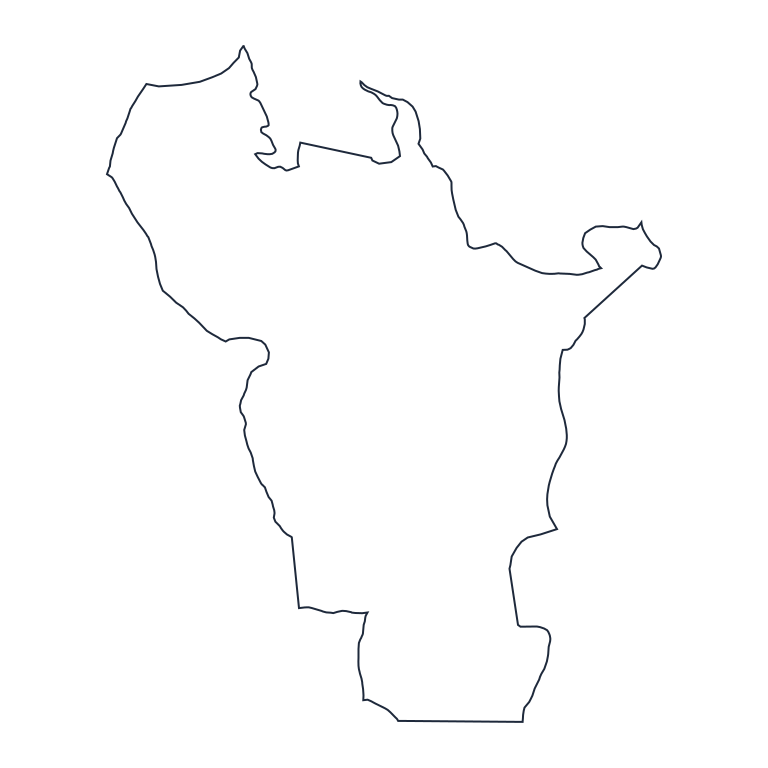 Monchy/Riviere Mitan, Gros Islet, Saint Lucia
{"feature_id": "8701671B97135267153779", "entity_name": "Monchy/Riviere Mitan", "entity_type": "district", "adm_level": 2, "iso_a3": "LCA", "parent_name": "Saint Lucia", "parent_adm1": "Gros Islet", "projection": "natural_earth1", "projection_center": [-60.94, 14.05], "detail": "fine", "context": "isolated", "style": "outline", "palette": "slate", "viewbox_px": 768, "rotation_deg": 0, "n_neighbors": 0, "source": "geoboundaries", "source_scale": "gbopen_adm2", "svg_char_len": 6071}
<svg xmlns="http://www.w3.org/2000/svg" viewBox="0 0 768 768"><path d="M243.7,46.1L243.3,46.1L240.1,50.6L238.8,57.5L233.6,62.8L229.0,68.1L221.2,73.5L212.1,77.3L199.8,81.8L181.6,84.9L158.8,86.4L146.4,84.0L143.2,88.9L137.9,96.6L135.3,101.2L132.1,106.2L131.3,107.8L130.5,108.8L129.7,111.4L127.4,118.4L126.0,121.5L125.7,122.8L121.0,133.7L120.4,134.7L117.0,138.2L113.9,147.8L113.1,151.0L112.7,153.3L110.5,160.6L109.9,166.5L109.1,168.0L107.0,174.2L111.7,177.2L112.5,178.1L114.7,181.7L117.0,186.5L117.9,188.0L119.4,191.0L120.4,192.4L122.9,197.4L124.3,200.6L126.2,204.0L129.1,208.0L131.9,213.7L137.5,222.4L143.5,230.1L146.1,233.9L147.3,236.0L148.3,237.1L151.0,244.1L151.5,246.0L153.1,249.8L154.6,254.4L155.2,256.9L156.0,261.9L156.5,269.1L158.0,276.6L160.0,283.9L162.8,290.7L170.0,296.6L176.2,302.7L183.0,307.3L186.2,310.7L188.6,313.8L194.5,318.5L199.2,322.8L206.8,330.8L212.3,334.2L217.9,337.3L220.9,339.3L225.7,341.5L229.3,339.4L239.5,337.9L248.9,337.9L261.3,341.0L265.3,344.6L268.9,352.4L268.4,358.7L266.2,363.9L258.6,366.5L251.3,372.1L250.5,374.3L247.6,380.2L246.7,387.4L246.4,388.5L245.9,390.1L244.2,393.7L243.7,395.4L241.1,400.2L240.4,403.6L239.8,405.7L240.0,407.8L240.8,412.2L243.5,415.9L244.0,417.0L245.8,422.8L245.9,424.3L244.2,430.0L244.9,435.5L246.5,441.4L247.3,444.7L248.6,448.5L250.7,452.5L252.7,458.3L252.9,460.3L253.9,465.9L255.2,471.5L257.6,476.7L260.9,483.1L261.8,484.4L263.0,485.4L264.1,486.6L264.9,487.3L266.4,491.7L268.6,497.0L271.6,500.7L272.7,504.7L273.0,506.3L274.2,510.2L274.5,512.4L274.5,513.7L273.8,517.6L275.4,521.7L279.8,526.1L281.1,528.3L282.8,530.6L283.8,531.7L287.0,534.5L291.4,536.9L291.8,537.3L299.0,608.1L305.0,607.4L308.7,607.3L311.7,608.0L321.5,610.9L322.9,611.5L326.3,612.4L330.8,612.7L333.3,613.1L337.2,611.9L339.5,611.4L341.9,610.9L343.4,610.9L346.2,611.1L351.2,612.2L351.8,612.6L355.3,613.0L362.3,613.2L367.5,612.5L365.7,615.8L365.3,617.4L364.8,621.4L363.7,624.8L362.9,633.7L362.5,634.9L361.8,636.3L361.1,638.1L360.3,639.4L358.9,643.0L358.5,649.0L358.5,658.0L358.4,661.4L358.5,665.8L358.9,669.1L359.6,671.9L359.9,673.4L361.5,678.6L362.2,682.2L362.3,683.8L363.1,689.2L363.4,693.6L363.5,695.6L363.3,700.2L367.5,699.7L368.1,699.9L371.5,701.4L372.7,702.1L375.5,703.6L385.0,708.3L387.7,709.9L390.3,712.2L395.4,717.4L396.8,718.7L397.6,719.9L398.1,720.9L522.6,721.9L522.9,718.5L523.1,714.9L523.7,710.9L524.5,707.6L529.2,702.0L530.8,698.9L532.4,695.6L534.7,688.5L539.2,679.5L540.0,676.9L541.4,673.8L544.3,668.9L545.9,664.3L546.9,661.4L547.9,656.2L548.2,654.1L548.7,646.8L550.1,641.4L550.3,639.6L550.3,638.2L549.8,635.5L549.3,634.1L548.3,631.9L547.1,630.2L544.1,628.5L540.0,627.1L536.8,626.5L520.5,626.7L518.0,624.9L509.5,568.7L510.4,565.1L511.7,556.5L516.6,547.9L521.5,541.7L527.7,537.5L540.6,534.4L557.0,529.1L549.8,516.6L547.4,505.3L547.1,499.3L547.4,494.2L548.8,485.5L549.7,481.9L552.2,473.5L553.8,469.0L554.9,466.3L555.8,463.7L557.5,460.5L559.5,457.4L563.8,449.4L565.0,446.7L566.0,443.9L566.5,441.1L566.8,438.1L566.8,435.1L566.2,428.7L564.5,420.1L561.1,409.0L559.4,401.3L559.0,396.3L558.7,390.7L558.8,387.1L559.5,377.5L559.3,372.5L559.6,369.8L559.8,365.2L560.4,358.8L562.7,349.9L567.4,349.7L568.6,349.2L570.7,348.1L573.4,344.9L575.6,340.7L577.0,339.4L579.5,336.5L581.4,334.0L582.5,332.0L583.5,329.5L584.8,324.0L584.8,319.3L584.4,318.0L642.0,265.6L646.6,267.4L652.5,268.8L654.1,268.5L655.5,267.4L657.7,264.3L660.0,259.4L660.7,257.8L661.0,256.6L660.9,255.3L658.9,248.2L659.0,248.5L656.7,246.4L654.0,245.0L650.5,241.5L646.9,236.4L644.8,232.8L642.9,229.2L641.7,224.9L641.4,222.3L637.6,227.7L636.0,228.6L633.4,229.1L626.3,227.1L623.8,226.6L622.3,226.6L618.1,227.1L609.5,227.1L602.7,226.1L595.8,226.6L590.3,229.6L585.1,233.2L583.3,238.0L582.4,242.8L582.5,244.5L582.8,246.0L583.5,248.0L586.7,251.5L593.3,257.2L595.7,259.6L598.5,264.7L599.0,266.1L601.1,268.2L598.6,268.8L597.0,269.6L594.7,270.2L589.1,272.2L587.2,272.6L582.2,274.2L578.7,274.7L576.8,274.8L569.6,273.9L560.2,273.5L558.5,273.3L554.3,273.8L549.8,273.9L545.8,273.6L542.1,273.1L535.3,270.7L517.6,262.8L515.5,261.4L513.2,259.1L506.5,251.1L505.3,250.1L502.1,246.8L498.9,244.8L497.6,244.4L496.4,243.4L495.1,243.3L490.2,245.0L485.7,246.4L477.5,248.3L475.2,248.6L473.4,248.5L469.9,246.9L469.0,246.3L468.1,245.1L467.7,243.8L467.3,240.6L467.0,235.4L466.7,233.1L466.3,231.4L464.4,226.7L463.9,224.9L463.1,223.1L460.4,219.2L458.4,216.7L455.7,209.8L453.3,199.5L452.1,193.5L451.6,190.0L451.5,185.9L451.5,182.7L451.3,181.6L447.7,175.5L444.0,170.7L442.9,169.5L438.5,167.5L435.9,166.1L432.7,166.5L430.9,162.5L427.8,158.2L427.0,156.7L424.3,153.5L422.6,149.5L418.5,143.8L420.3,138.6L419.9,129.1L418.6,121.1L415.6,111.6L412.6,106.6L407.5,102.1L402.8,99.6L398.9,99.6L392.1,98.1L388.9,95.8L387.0,95.9L385.6,95.5L377.7,91.4L370.8,88.7L367.3,87.2L364.4,85.1L361.7,82.3L360.5,81.5L360.4,83.4L360.9,85.5L361.7,87.1L363.1,88.5L364.7,89.6L368.3,91.4L371.2,92.3L373.8,93.7L375.6,95.0L377.0,96.5L379.8,100.2L382.6,103.1L384.1,103.8L386.8,104.7L389.1,105.1L390.8,105.0L392.8,105.3L394.9,106.1L396.1,107.6L396.8,109.5L397.3,111.7L397.5,113.7L397.3,116.1L396.8,118.4L392.7,126.7L392.3,128.0L392.3,130.8L392.6,133.1L393.3,135.3L398.1,145.7L399.4,151.3L400.0,156.1L391.3,162.1L379.1,163.7L372.4,160.5L371.2,157.8L300.3,142.6L299.7,145.7L298.4,150.0L298.0,152.4L297.9,154.5L297.7,160.3L297.9,163.4L298.9,166.4L288.0,170.3L286.4,170.5L285.3,170.1L282.6,167.9L280.2,166.7L278.2,166.8L274.4,168.2L272.2,168.1L270.4,167.5L265.5,164.4L261.9,161.8L258.6,158.7L255.2,154.2L257.5,153.1L262.2,153.4L264.1,153.8L267.6,154.2L269.8,154.2L272.3,153.8L274.5,152.4L275.4,151.4L275.6,150.3L275.6,149.6L275.2,148.6L273.1,145.0L271.4,140.7L270.3,138.6L268.9,137.2L266.4,135.3L263.1,133.5L261.4,132.2L260.9,129.8L261.3,128.3L261.8,127.5L262.5,127.2L264.6,126.7L266.2,126.6L267.9,125.9L268.6,125.2L268.6,123.8L268.4,122.4L266.8,116.5L260.4,103.0L259.3,101.4L258.5,100.6L253.8,98.5L251.7,97.3L250.7,95.7L250.4,94.1L250.6,93.0L251.2,92.0L255.5,89.1L257.0,85.9L257.4,84.4L257.2,83.1L255.9,77.1L253.6,71.8L252.5,69.8L251.8,67.9L251.7,63.9L251.2,62.5L249.2,58.8L247.4,53.1L244.6,48.5L243.7,46.1Z" fill="none" stroke="#1e293b" stroke-width="2"/></svg>